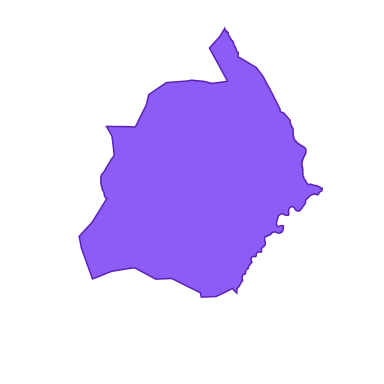 Bugat, Bulgan, Mongolia, rotated 139°
{"feature_id": "93677404B59667733758052", "entity_name": "Bugat", "entity_type": "district", "adm_level": 2, "iso_a3": "MNG", "parent_name": "Mongolia", "parent_adm1": "Bulgan", "projection": "orthographic", "projection_center": [103.227, 49.106], "detail": "fine", "context": "isolated", "style": "filled", "palette": "violet", "viewbox_px": 384, "rotation_deg": 139, "n_neighbors": 0, "source": "geoboundaries", "source_scale": "gbopen_adm2", "svg_char_len": 5770}
<svg xmlns="http://www.w3.org/2000/svg" viewBox="0 0 384 384"><g transform="rotate(139 192 192)"><path d="M324.1,191.7L316.8,189.0L311.9,187.4L304.8,184.9L301.3,182.8L290.2,175.9L285.0,172.4L276.5,150.0L264.1,140.1L251.8,110.5L254.0,106.6L242.5,97.4L233.0,94.7L224.9,92.7L224.5,86.4L223.5,87.6L221.1,89.5L220.7,89.7L219.8,89.9L218.7,89.8L218.1,90.0L215.8,90.8L214.7,91.4L213.9,91.5L212.8,91.6L212.2,91.8L211.6,92.3L211.1,93.3L210.2,94.5L209.3,95.3L208.2,95.9L207.4,96.1L206.3,95.4L206.0,95.3L205.4,95.3L204.8,95.6L204.6,95.8L204.0,96.7L203.1,97.4L202.7,97.6L202.0,97.8L200.2,97.3L199.8,97.3L199.8,97.9L199.7,98.1L199.4,98.2L198.3,98.4L197.9,98.7L197.5,99.0L197.0,99.2L196.5,99.1L196.1,98.9L195.3,99.4L193.2,99.5L192.5,100.4L192.4,100.8L192.4,101.5L192.3,101.8L192.1,102.2L191.6,102.6L191.3,102.7L190.8,103.2L190.6,103.4L190.3,103.3L189.7,103.5L188.9,103.6L188.6,103.5L187.7,102.9L187.4,102.3L187.2,102.0L186.9,101.7L186.2,101.5L185.6,101.6L185.3,101.8L184.8,102.5L184.0,103.1L183.6,103.4L183.2,103.6L182.1,103.5L181.4,103.2L180.7,102.7L179.5,101.6L179.4,101.4L178.9,101.2L178.3,101.5L178.0,102.0L177.3,103.2L176.9,103.6L176.5,103.7L175.0,104.0L173.0,103.8L172.5,104.0L171.7,104.1L171.2,104.3L170.6,105.1L169.9,105.6L169.4,106.2L169.3,107.2L169.0,107.7L168.5,108.2L167.7,109.3L167.1,109.9L166.6,110.1L166.2,110.2L164.6,109.4L163.1,109.2L160.9,108.3L160.4,108.3L159.7,108.7L158.8,108.8L157.8,108.7L155.9,107.6L155.2,107.1L154.9,106.7L154.6,105.5L154.3,105.0L153.0,103.6L152.4,103.3L151.0,102.9L150.4,102.8L149.7,102.9L147.6,104.0L146.8,104.9L145.9,105.6L145.4,106.2L145.3,106.6L145.5,107.0L146.7,108.0L147.0,108.2L148.7,108.8L149.2,109.1L149.6,109.5L149.9,109.9L149.8,110.9L149.4,112.3L149.2,112.7L148.2,113.5L145.7,115.3L144.2,116.1L143.2,116.9L142.8,117.1L142.0,117.3L141.2,117.3L139.7,117.2L139.2,117.1L138.5,116.7L138.0,116.1L137.6,115.3L137.4,114.7L137.1,114.1L136.5,113.0L135.2,111.6L134.7,111.3L134.3,111.3L134.0,111.4L133.5,111.7L132.9,112.5L131.6,114.4L130.4,115.3L129.2,115.9L128.6,115.9L128.0,115.8L127.4,115.6L126.5,115.5L125.6,114.9L125.3,114.3L125.1,113.7L125.2,112.9L125.5,111.3L125.6,110.8L125.3,109.2L124.9,108.5L124.5,108.1L123.6,107.4L123.1,107.2L121.6,107.3L120.0,107.6L118.9,108.0L116.5,108.4L115.3,108.8L114.1,109.1L113.3,109.5L112.2,110.7L111.6,111.1L110.9,111.3L108.8,111.5L105.0,111.6L104.0,111.5L103.1,111.2L101.3,110.4L100.6,109.8L99.8,108.7L99.5,108.0L99.2,107.6L98.8,107.4L98.0,107.4L96.1,108.1L95.4,108.1L94.5,108.1L93.6,107.8L93.0,107.8L91.5,108.9L91.4,109.2L91.3,109.4L91.5,109.7L92.1,109.9L92.3,110.2L92.3,110.8L92.1,111.1L92.3,112.0L92.7,112.9L92.9,113.2L93.4,113.8L93.7,115.0L94.0,115.5L95.0,116.3L95.4,116.9L95.7,117.2L95.9,117.5L96.0,118.0L96.4,118.8L97.5,120.2L98.1,120.5L98.7,120.8L99.3,121.9L99.4,122.5L99.5,122.8L99.6,123.1L99.6,123.5L99.3,124.4L99.1,124.8L99.0,125.9L98.8,126.2L98.8,126.7L98.7,128.4L98.4,129.5L97.9,129.9L97.8,130.3L97.7,130.6L97.7,130.9L97.7,131.3L97.5,131.9L96.3,132.8L96.1,133.1L96.0,133.7L95.9,133.9L95.5,134.1L95.2,134.4L95.0,134.9L94.7,135.0L94.3,135.4L93.7,136.0L93.4,136.4L93.3,137.0L93.1,137.5L92.2,138.2L92.1,138.4L92.1,138.6L92.5,139.1L92.5,139.3L92.4,139.6L92.2,139.8L91.5,140.0L91.4,140.1L91.3,140.4L90.7,140.8L90.5,141.3L90.1,141.6L90.1,142.0L89.7,142.1L88.9,142.5L88.7,142.8L88.2,143.0L87.8,143.2L87.8,143.3L87.9,143.7L87.9,143.8L87.7,143.9L86.7,143.9L86.4,144.2L85.9,144.3L85.7,144.6L84.9,145.0L84.0,145.2L81.8,146.1L81.3,146.5L80.9,146.5L80.6,146.9L79.6,147.5L79.4,147.8L79.3,148.1L78.2,149.2L78.1,149.7L77.9,150.1L77.9,150.4L77.7,151.2L77.8,151.6L78.0,152.4L78.5,153.5L78.4,153.7L78.6,154.2L78.6,154.5L78.9,154.8L79.0,155.1L79.3,156.1L79.3,156.4L79.3,156.7L79.4,157.0L79.6,158.0L80.0,158.3L80.2,158.6L80.2,159.3L80.0,159.9L80.0,160.1L80.5,160.7L80.5,160.9L80.5,161.3L80.5,161.9L80.2,162.1L80.0,162.6L80.4,163.4L80.4,163.7L80.2,164.6L79.9,164.8L79.9,165.3L79.7,166.3L79.4,166.7L79.2,166.7L78.9,167.3L78.9,167.5L78.6,168.2L78.4,168.4L78.2,168.8L77.8,169.1L77.6,169.5L77.4,169.7L77.2,169.8L77.0,170.3L76.6,170.7L76.5,171.0L76.2,171.0L75.8,171.3L75.4,172.3L75.0,172.6L74.7,173.0L74.3,173.5L74.2,173.9L74.0,174.1L73.9,174.5L73.9,175.3L73.8,176.0L73.5,176.3L73.4,176.8L73.4,177.6L73.1,178.1L72.9,178.7L72.6,179.0L72.3,179.5L72.2,179.8L72.0,180.1L72.0,180.8L71.9,181.0L71.1,181.4L70.9,182.0L70.9,182.7L71.0,184.1L70.9,184.9L70.9,185.6L71.0,187.6L71.0,188.2L70.8,188.9L71.0,191.3L71.2,192.3L72.1,193.2L72.3,194.2L72.3,195.5L72.2,195.9L71.4,196.4L71.2,196.6L66.1,216.9L65.2,220.7L64.5,224.5L62.6,232.3L61.8,243.7L68.4,263.6L67.6,264.9L66.2,266.2L65.8,266.8L65.6,267.7L65.8,268.8L65.8,269.6L65.4,270.1L64.6,271.6L64.5,271.8L64.6,272.2L64.5,272.4L64.2,272.9L64.2,273.4L64.1,273.7L64.1,274.0L63.9,274.6L64.0,275.2L63.8,275.6L63.7,276.1L63.2,276.6L63.2,276.9L62.6,277.6L62.6,278.0L62.3,278.6L62.3,279.1L62.2,279.3L62.2,279.6L62.5,280.5L62.5,280.9L62.4,281.4L62.3,281.9L62.1,282.9L62.1,283.5L62.1,283.8L61.7,284.4L61.7,284.7L61.6,285.7L61.5,286.1L61.4,287.0L60.7,287.7L60.2,288.6L60.2,289.3L60.2,289.7L61.0,290.1L61.1,290.3L61.1,290.5L60.6,291.0L60.4,291.7L60.4,292.1L60.6,292.5L60.4,292.8L60.3,293.3L59.9,294.0L69.1,291.1L84.4,289.2L92.5,252.2L105.5,260.7L110.8,268.1L119.0,276.7L122.8,278.9L139.6,291.4L160.7,293.9L169.3,287.7L179.6,283.5L192.1,278.2L199.7,285.4L205.1,290.1L213.5,297.6L215.8,286.5L226.5,270.8L227.2,270.6L229.0,270.0L230.6,269.8L231.5,269.6L233.3,268.9L234.7,268.4L235.5,268.1L237.1,267.8L240.4,266.7L243.6,265.5L245.9,264.8L247.5,264.8L249.3,264.1L250.9,263.1L252.6,261.2L253.3,260.3L254.3,259.4L255.1,258.3L255.4,257.7L257.0,254.5L258.2,252.4L258.4,250.4L258.7,249.4L258.9,249.0L259.3,248.7L260.0,247.6L260.7,245.8L260.9,245.1L261.0,244.6L260.9,244.2L260.6,243.3L260.4,243.0L287.4,234.6L306.2,232.6L312.3,222.2L324.1,191.7Z" fill="#8b5cf6" stroke="#5b21b6" stroke-width="1.5"/></g></svg>